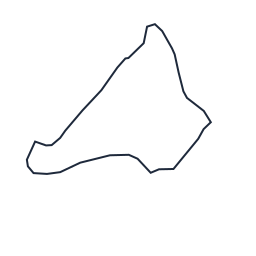 outline of Santa Lucía Milpas Altas, Sacatepéquez, Guatemala, rotated 131°
{"feature_id": "79465075B78305211974628", "entity_name": "Santa Lucía Milpas Altas", "entity_type": "district", "adm_level": 2, "iso_a3": "GTM", "parent_name": "Guatemala", "parent_adm1": "Sacatepéquez", "projection": "albers", "projection_center": [-90.675, 14.57], "detail": "fine", "context": "isolated", "style": "outline", "palette": "slate", "viewbox_px": 256, "rotation_deg": 131, "n_neighbors": 0, "source": "geoboundaries", "source_scale": "gbopen_adm2", "svg_char_len": 585}
<svg xmlns="http://www.w3.org/2000/svg" viewBox="0 0 256 256"><g transform="rotate(131 128 128)"><path d="M32.0,175.8L39.0,180.1L53.7,171.8L74.9,173.6L77.2,175.6L89.3,175.7L117.0,172.9L144.6,173.9L171.1,173.6L180.0,172.7L191.0,174.4L194.9,178.4L199.2,189.2L218.3,183.5L222.6,178.4L224.0,169.7L215.8,159.0L205.8,150.2L185.5,141.3L160.4,123.7L147.7,109.8L144.9,100.6L146.9,81.5L138.8,77.5L129.1,66.8L90.1,67.9L79.2,70.2L69.3,69.3L65.4,82.0L66.6,103.2L64.0,110.2L52.9,126.2L41.8,141.1L39.0,147.1L35.7,156.5L32.4,165.8L32.0,175.8Z" fill="none" stroke="#1e293b" stroke-width="2"/></g></svg>